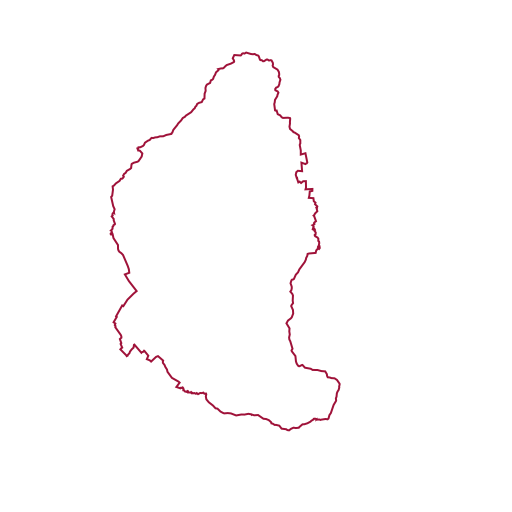 Bretea Romana, Hunedoara, Romania (Albers equal-area conic projection), rotated 220°
{"feature_id": "2599482B96902853803032", "entity_name": "Bretea Romana", "entity_type": "district", "adm_level": 2, "iso_a3": "ROU", "parent_name": "Romania", "parent_adm1": "Hunedoara", "projection": "albers", "projection_center": [23.022, 45.65], "detail": "fine", "context": "isolated", "style": "outline", "palette": "rose", "viewbox_px": 512, "rotation_deg": 220, "n_neighbors": 0, "source": "geoboundaries", "source_scale": "gbopen_adm2", "svg_char_len": 6154}
<svg xmlns="http://www.w3.org/2000/svg" viewBox="0 0 512 512"><g transform="rotate(220 256 256)"><path d="M373.5,413.9L374.2,413.3L375.1,410.4L375.8,409.7L377.5,409.7L378.4,409.0L379.1,408.9L382.3,410.8L383.4,410.9L384.8,410.2L386.9,409.9L388.0,408.6L389.7,407.5L394.3,405.5L394.9,403.7L396.2,403.0L396.7,402.0L396.5,400.5L396.6,399.8L401.8,396.0L400.9,392.5L398.7,391.7L397.8,391.0L397.6,390.4L398.9,387.2L401.2,383.4L401.5,381.4L401.6,379.6L402.0,378.4L403.2,377.4L405.1,374.9L404.5,374.8L404.2,374.2L404.7,371.0L403.8,368.4L403.6,366.4L402.7,364.1L402.8,362.9L403.5,361.5L402.4,359.1L403.8,355.7L403.5,354.0L402.7,352.2L400.7,350.1L399.7,347.3L396.7,343.5L397.2,342.0L396.5,339.0L398.1,336.7L398.8,334.7L398.2,332.7L398.4,331.4L397.9,329.8L398.2,328.1L398.1,324.5L400.0,318.3L399.9,317.1L400.8,314.6L400.5,311.7L400.8,307.5L400.5,305.5L400.4,299.5L399.4,296.6L399.6,295.7L399.3,295.1L402.5,291.1L404.0,288.1L406.6,285.8L407.9,283.6L409.5,282.0L410.6,280.2L411.8,279.5L412.0,278.7L412.0,276.5L412.9,274.9L413.9,271.4L413.2,269.0L413.3,267.7L414.5,265.0L415.9,263.7L415.5,262.9L416.0,262.2L414.0,261.1L413.6,261.6L412.5,262.0L409.0,261.5L407.5,258.7L407.0,253.1L407.4,252.0L409.5,249.0L410.4,246.7L410.0,245.8L408.2,243.1L408.4,241.7L409.7,238.2L409.3,235.8L409.8,234.2L409.4,232.1L408.2,231.7L408.1,230.2L408.2,229.3L409.2,228.3L408.8,225.8L410.0,221.6L410.1,218.7L410.6,217.2L408.2,214.9L405.4,210.5L404.9,209.7L404.9,208.1L397.4,202.4L394.4,201.0L393.3,198.5L392.5,197.8L392.8,197.8L393.1,197.1L393.1,196.3L392.5,195.3L391.9,195.0L392.0,193.6L388.8,192.9L388.0,191.9L384.6,189.9L384.5,189.5L385.0,188.0L384.5,187.0L384.7,186.3L383.4,184.6L383.5,182.3L382.9,182.5L380.6,180.7L380.6,180.3L381.7,179.9L381.6,179.5L380.8,179.3L380.2,180.2L380.1,180.7L379.9,180.6L376.7,178.1L368.8,175.7L366.2,172.7L364.8,171.8L363.4,171.4L360.9,171.6L358.5,171.3L347.8,165.9L345.0,164.2L342.3,161.7L344.6,157.6L337.3,155.1L324.9,152.4L325.6,148.5L326.4,140.0L325.4,132.3L326.7,132.1L324.4,119.8L323.5,119.8L322.5,113.7L320.3,113.9L319.8,112.3L318.5,112.0L318.0,111.0L308.8,108.6L307.5,107.9L306.6,106.9L306.9,104.9L303.2,102.7L303.2,101.6L299.6,99.8L299.9,98.8L299.9,97.3L291.3,96.5L290.7,96.2L290.3,97.1L290.6,97.7L290.5,100.3L291.1,101.8L291.2,104.6L290.9,107.1L292.6,109.9L293.1,110.1L281.6,108.2L281.6,108.9L280.7,110.4L280.9,111.5L280.7,111.6L274.4,110.4L273.3,106.8L270.4,107.8L268.5,107.7L267.7,114.5L266.7,116.3L259.9,116.2L259.4,115.1L258.6,114.3L255.9,113.7L254.3,112.8L251.2,111.8L249.4,110.4L242.1,108.6L234.5,110.0L233.1,109.9L232.8,104.5L228.9,106.0L228.9,106.7L227.8,107.3L227.9,108.1L227.7,108.2L226.5,107.9L225.4,106.5L224.9,106.9L223.5,106.5L221.8,107.3L222.1,107.5L221.6,108.7L221.2,108.7L220.3,107.8L218.2,109.6L218.2,110.1L217.7,110.1L217.2,109.5L216.7,109.6L216.4,110.4L215.4,110.8L215.1,111.4L213.5,111.8L213.3,112.9L211.6,112.9L210.7,115.2L209.3,116.2L208.5,117.5L207.0,117.3L205.9,118.5L205.2,118.1L204.1,116.1L201.9,114.3L198.1,113.6L192.8,113.8L189.1,113.3L187.4,114.3L183.2,114.0L180.3,114.6L179.2,115.0L176.7,117.5L174.0,119.3L168.7,121.1L165.3,125.2L162.9,127.1L160.4,130.2L157.8,131.7L157.4,131.6L157.4,131.8L155.0,132.8L152.2,135.5L145.7,136.1L143.5,137.6L140.7,138.5L137.7,138.4L136.6,137.7L135.5,138.3L133.1,138.6L132.1,139.5L129.1,141.0L125.4,140.2L121.5,142.7L120.1,142.8L118.6,143.7L118.1,146.1L116.9,148.6L114.9,149.8L112.8,152.0L112.9,152.6L112.2,156.9L110.8,158.2L109.1,160.9L107.8,164.1L107.7,165.4L106.8,167.9L107.1,168.4L106.3,169.3L104.9,169.9L104.6,169.5L104.5,169.9L104.3,169.7L102.3,171.5L101.2,171.9L100.9,172.5L97.9,175.9L96.2,176.9L96.0,178.1L97.5,181.4L97.7,183.8L100.8,191.8L101.5,196.2L101.8,196.9L103.3,198.3L103.9,200.0L105.8,202.8L106.4,204.6L106.6,206.5L107.7,208.8L108.3,209.3L109.4,211.4L109.9,211.9L114.3,213.1L117.2,212.8L119.8,210.9L121.3,210.4L123.1,209.2L124.6,209.9L125.7,211.0L128.8,212.1L131.9,209.9L135.6,208.2L139.4,205.1L141.6,204.8L146.7,201.9L150.4,202.4L150.7,202.1L151.8,199.6L152.2,199.2L153.2,199.0L155.6,199.7L157.6,200.9L161.5,204.7L167.3,206.0L168.1,206.5L168.4,208.4L174.9,212.7L176.8,213.5L178.3,214.9L179.7,217.6L182.0,219.6L183.8,222.1L189.4,224.0L190.0,227.1L189.2,230.6L189.2,232.0L190.5,235.8L193.0,238.4L196.9,240.3L197.2,241.3L197.3,243.7L199.2,245.4L202.3,249.5L203.8,250.3L206.8,250.8L207.0,252.7L208.0,254.5L209.1,255.6L212.0,257.3L213.2,260.1L213.2,261.0L212.4,262.0L212.2,262.8L213.5,267.3L213.3,270.5L214.2,273.6L214.8,282.7L215.5,285.3L216.3,286.7L216.8,289.0L217.8,290.8L216.9,292.1L212.3,296.7L213.3,298.7L213.5,299.6L213.3,300.5L213.5,301.3L213.4,301.7L212.2,301.9L212.3,303.1L213.3,304.0L213.8,302.8L214.3,302.7L214.5,303.1L214.6,304.6L215.2,305.3L215.8,306.5L217.0,307.6L218.0,307.6L219.3,309.3L220.7,309.7L223.3,309.2L224.1,309.4L224.5,309.9L224.1,310.2L224.4,311.1L225.4,312.4L227.5,312.9L227.7,313.2L227.5,313.8L228.4,314.3L228.7,314.3L228.6,313.2L229.7,312.9L230.3,314.2L230.5,315.4L231.2,315.8L232.5,315.8L232.0,316.8L231.8,318.1L232.7,318.4L232.8,319.4L232.4,321.2L237.2,324.0L237.8,324.0L237.7,324.7L238.1,326.6L237.8,329.7L240.1,331.4L240.1,331.8L240.8,331.9L240.6,332.7L240.9,333.4L244.1,333.6L244.7,335.1L246.9,335.1L249.2,337.2L252.9,334.5L254.0,336.7L256.3,340.0L254.7,342.1L255.9,343.6L260.9,338.9L261.7,340.6L265.9,345.4L267.9,343.6L268.4,340.9L270.4,341.0L270.9,339.6L273.5,341.2L274.7,342.2L274.9,341.9L277.7,343.7L279.0,346.1L278.7,348.2L275.2,350.6L281.2,356.7L277.2,358.2L277.0,359.2L276.7,359.6L276.8,360.6L284.2,366.5L286.9,362.5L289.5,365.6L293.8,369.1L294.2,369.8L294.4,370.7L296.6,373.3L299.0,373.9L299.9,375.4L300.9,376.0L305.9,375.4L306.9,374.9L307.8,375.2L311.6,375.2L313.5,376.6L315.1,379.3L316.2,380.5L318.0,383.1L318.6,383.5L320.4,382.5L324.1,379.1L325.5,378.8L327.9,379.3L330.5,378.6L333.7,380.7L334.5,379.9L335.0,379.8L339.7,384.1L340.4,385.7L341.8,387.8L342.4,392.0L343.1,393.2L343.8,395.5L345.2,396.0L347.7,395.4L348.6,396.2L348.8,397.9L348.0,399.4L347.9,400.5L348.6,402.7L349.6,404.2L350.6,406.7L352.1,407.6L353.6,407.8L354.3,408.4L354.6,409.6L355.7,410.8L357.0,411.8L359.4,412.6L364.2,411.8L365.6,412.5L366.2,413.8L367.3,414.8L369.8,415.8L370.6,415.5L371.7,414.1L373.5,413.9Z" fill="none" stroke="#9f1239" stroke-width="2"/></g></svg>